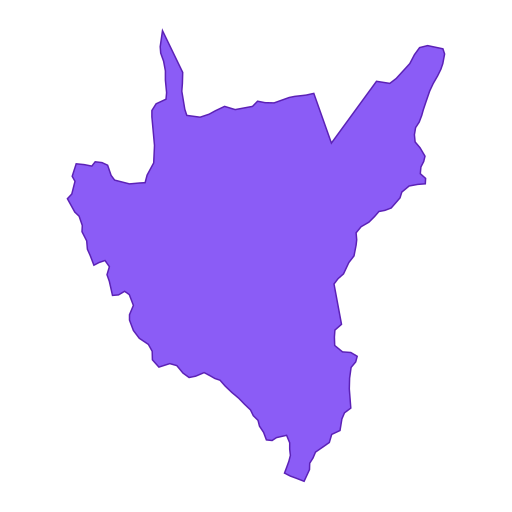 Ipaumirim, Ceará, Brazil (Mercator projection), rotated 90°
{"feature_id": "56859067B32176029427758", "entity_name": "Ipaumirim", "entity_type": "district", "adm_level": 2, "iso_a3": "BRA", "parent_name": "Brazil", "parent_adm1": "Ceará", "projection": "mercator", "projection_center": [-38.742, -6.809], "detail": "fine", "context": "isolated", "style": "filled", "palette": "violet", "viewbox_px": 512, "rotation_deg": 90, "n_neighbors": 0, "source": "geoboundaries", "source_scale": "gbopen_adm2", "svg_char_len": 2204}
<svg xmlns="http://www.w3.org/2000/svg" viewBox="0 0 512 512"><g transform="rotate(90 256 256)"><path d="M198.7,444.6L212.1,437.2L216.2,432.9L225.5,429.7L231.7,430.0L240.9,425.3L249.2,424.6L255.5,421.8L265.2,418.1L262.5,412.9L260.5,407.0L266.7,402.6L274.7,405.0L281.2,402.7L295.4,399.5L294.9,393.5L291.3,387.4L294.6,382.7L305.4,378.6L314.7,382.5L320.1,382.5L330.5,378.6L338.3,372.7L344.4,363.6L351.3,359.8L359.8,359.6L367.1,353.1L363.6,342.2L365.6,335.2L373.1,329.0L377.5,322.9L376.2,316.4L372.6,307.9L375.8,301.8L378.5,297.1L380.2,292.0L386.1,286.8L392.6,280.0L398.2,273.3L404.3,267.4L409.9,261.5L415.7,258.7L420.3,254.0L426.2,252.5L432.4,248.4L439.9,245.6L440.5,239.9L437.6,235.5L435.3,225.4L442.8,222.3L449.2,222.3L455.4,221.6L461.2,223.1L467.0,225.2L473.1,227.5L476.1,221.6L478.0,216.4L481.3,207.9L469.6,202.5L463.2,202.3L458.0,199.0L452.1,196.5L442.5,182.7L434.4,180.3L430.5,172.0L418.9,170.1L412.8,167.5L408.1,161.2L388.9,162.7L378.1,162.4L367.4,160.9L361.9,156.3L356.3,154.8L352.5,161.2L351.9,169.5L345.5,177.3L337.1,177.6L330.1,177.1L324.3,170.5L284.0,178.0L278.6,173.9L273.9,168.5L262.6,163.2L255.9,158.0L245.1,155.9L239.8,155.3L232.8,155.9L226.7,150.9L222.1,143.0L216.5,137.4L211.5,133.1L210.4,127.2L208.0,120.8L202.5,116.0L197.9,112.0L192.1,110.2L186.0,102.9L184.4,94.3L183.8,86.7L178.4,86.4L173.7,91.7L167.0,91.1L161.5,88.3L156.2,87.0L147.7,92.0L141.9,96.9L134.7,97.6L127.6,96.4L122.1,92.8L115.5,90.3L109.8,88.7L102.3,86.2L91.0,82.3L83.7,78.9L75.9,74.4L69.2,71.1L63.6,69.2L54.0,67.4L48.8,69.1L45.6,84.4L47.6,92.4L54.6,97.5L63.6,102.2L78.5,115.8L83.4,122.2L81.3,135.5L143.1,180.6L93.4,198.2L95.1,205.9L96.4,217.3L97.5,222.8L102.9,237.9L102.7,246.9L101.2,254.4L106.4,259.5L109.6,276.8L106.4,287.4L110.8,296.7L114.2,302.9L117.2,311.9L115.4,325.2L109.3,327.2L91.2,330.2L83.4,329.6L72.4,329.3L30.7,349.5L46.7,351.8L53.1,351.3L61.2,348.4L70.9,346.6L80.2,346.6L92.7,345.4L99.2,346.0L103.8,355.9L110.5,360.1L116.9,360.1L145.5,357.5L162.9,358.3L175.1,364.9L182.7,366.9L183.0,372.5L183.9,382.5L180.1,397.4L175.4,400.9L165.2,404.4L162.6,410.0L161.8,416.8L166.1,420.2L164.6,427.8L163.8,435.8L176.3,439.8L181.3,437.0L194.0,440.2L198.7,444.6Z" fill="#8b5cf6" stroke="#5b21b6" stroke-width="1.5"/></g></svg>